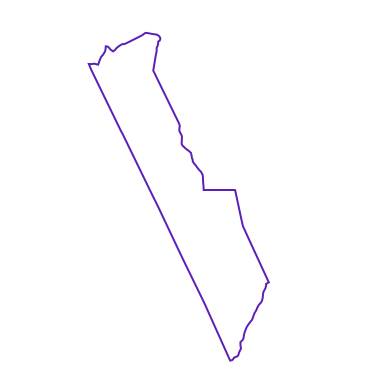 Governador Newton Bello, Maranhão, Brazil, rotated 64°
{"feature_id": "56859067B61674045993248", "entity_name": "Governador Newton Bello", "entity_type": "district", "adm_level": 2, "iso_a3": "BRA", "parent_name": "Brazil", "parent_adm1": "Maranhão", "projection": "albers", "projection_center": [-45.972, -3.404], "detail": "fine", "context": "isolated", "style": "outline", "palette": "violet", "viewbox_px": 384, "rotation_deg": 64, "n_neighbors": 0, "source": "geoboundaries", "source_scale": "gbopen_adm2", "svg_char_len": 2063}
<svg xmlns="http://www.w3.org/2000/svg" viewBox="0 0 384 384"><g transform="rotate(64 192 192)"><path d="M360.3,231.6L360.7,230.0L360.5,228.7L359.6,227.4L359.3,225.9L359.6,223.8L359.1,222.0L357.4,220.6L356.4,219.5L354.1,216.5L352.7,216.2L350.7,215.5L348.2,214.3L347.4,211.9L346.4,210.1L343.9,208.4L341.6,206.6L339.2,204.1L337.4,202.1L336.2,200.1L333.9,195.7L333.2,194.0L331.0,191.8L328.3,188.9L326.4,186.0L324.6,184.0L323.7,182.8L322.8,181.5L321.6,178.4L320.0,176.3L317.1,174.2L315.2,173.1L313.1,171.6L310.6,168.1L308.5,166.3L307.1,165.8L306.9,162.6L303.2,162.5L293.5,162.3L275.6,161.9L273.9,161.9L245.1,161.2L237.8,159.5L209.2,152.4L208.0,154.6L204.5,161.8L203.8,163.3L200.9,169.2L197.7,175.7L195.3,180.6L190.5,178.6L189.3,178.2L182.8,175.4L181.1,174.9L179.7,175.0L178.2,175.0L176.9,175.3L175.5,175.8L174.0,176.2L172.2,176.6L170.7,176.8L169.1,177.1L167.1,177.6L164.9,178.0L163.7,177.3L161.6,177.2L159.3,176.5L157.5,176.0L156.2,175.8L154.9,176.4L153.3,177.0L151.8,177.9L150.3,178.6L148.7,179.2L146.9,179.9L145.3,180.3L143.7,180.1L142.5,179.2L140.3,178.1L138.9,177.3L137.4,176.6L135.4,176.5L133.1,176.6L131.6,176.6L130.4,176.0L129.0,175.3L127.5,174.1L125.1,173.6L116.8,173.6L104.9,173.6L98.8,173.6L81.3,173.6L78.3,173.6L72.1,173.6L65.9,173.6L53.2,164.6L51.2,163.0L49.7,161.9L48.1,161.2L46.8,160.4L45.8,159.1L44.5,157.9L41.9,156.3L41.8,154.7L40.4,153.2L38.7,153.0L36.8,153.5L35.4,154.4L34.1,156.1L33.0,157.8L31.8,159.5L30.6,161.0L29.3,162.7L28.6,164.2L28.8,165.8L29.2,167.5L29.3,169.0L29.4,175.1L29.5,185.2L29.4,187.9L28.6,189.5L28.6,191.2L28.8,193.3L29.1,194.8L29.4,196.3L30.2,198.1L30.8,199.7L31.0,201.3L29.9,201.9L28.0,202.9L26.3,203.2L24.5,203.9L23.3,205.7L25.2,206.7L27.5,208.5L28.6,210.1L29.6,211.7L30.5,214.0L31.9,215.9L33.6,217.7L34.7,218.8L36.4,220.6L34.9,222.3L33.8,223.6L33.4,225.1L32.7,226.8L31.7,228.6L37.8,229.0L105.8,229.1L110.4,228.9L158.4,229.0L164.8,229.0L167.5,229.0L180.8,229.0L188.8,228.9L247.8,229.6L257.6,229.6L261.7,229.6L293.0,229.6L295.1,229.6L301.3,229.7L302.8,229.8L360.3,231.6Z" fill="none" stroke="#5b21b6" stroke-width="2"/></g></svg>